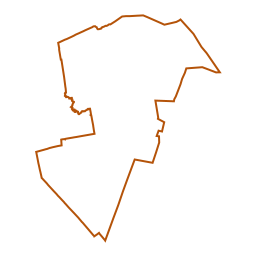 the district of Maureni, Caras-Severin, Romania
{"feature_id": "2599482B93688021028520", "entity_name": "Maureni", "entity_type": "district", "adm_level": 2, "iso_a3": "ROU", "parent_name": "Romania", "parent_adm1": "Caras-Severin", "projection": "equal_earth", "projection_center": [21.478, 45.422], "detail": "fine", "context": "isolated", "style": "outline", "palette": "amber", "viewbox_px": 256, "rotation_deg": 0, "n_neighbors": 0, "source": "geoboundaries", "source_scale": "gbopen_adm2", "svg_char_len": 4487}
<svg xmlns="http://www.w3.org/2000/svg" viewBox="0 0 256 256"><path d="M201.5,47.0L193.5,33.9L180.5,19.5L179.3,20.4L176.4,21.9L170.9,23.2L164.4,24.7L163.5,24.3L161.6,23.4L147.3,17.1L143.2,15.4L137.3,15.7L137.2,15.7L130.3,16.1L126.4,16.1L122.1,16.5L115.1,21.4L110.4,24.4L110.0,24.3L109.8,24.3L109.0,24.4L108.5,24.7L107.8,25.3L107.4,25.5L107.0,25.7L106.5,25.9L106.0,25.8L105.6,25.8L105.2,26.0L104.2,26.5L103.9,26.7L103.6,26.8L103.3,26.9L102.5,27.1L102.4,27.1L102.2,27.2L102.1,27.4L102.0,27.5L101.8,27.6L101.6,27.7L101.6,27.9L101.3,28.5L100.7,28.7L99.7,29.0L98.7,29.2L98.1,29.2L97.7,29.2L97.4,28.9L97.2,28.5L96.7,27.5L96.7,27.3L96.0,27.0L95.8,26.8L95.3,26.4L95.1,26.2L94.9,26.2L94.6,26.3L94.1,26.3L93.4,26.4L92.9,26.7L92.4,27.1L86.3,29.8L85.0,30.4L83.4,31.2L79.6,32.9L78.8,33.3L77.6,33.8L76.0,34.5L75.2,34.9L74.6,35.3L72.2,36.5L70.3,37.4L69.4,37.8L66.6,39.1L66.0,39.3L65.1,39.6L60.0,42.0L58.2,42.8L58.3,43.4L58.5,44.6L58.8,46.0L58.8,46.3L59.2,48.2L59.2,48.4L59.2,48.5L59.1,48.8L59.1,49.0L59.2,50.1L60.8,59.6L61.4,59.6L64.1,77.0L65.4,87.1L65.6,88.2L65.8,90.1L66.0,92.7L65.7,92.9L65.5,92.7L65.4,92.7L65.3,92.8L65.2,92.8L65.0,93.1L64.9,93.3L64.9,93.6L64.9,93.8L65.1,94.3L65.2,94.6L65.3,94.9L65.3,95.1L65.3,95.3L65.1,95.5L64.9,95.7L64.9,95.8L65.3,95.8L65.5,95.8L65.6,96.0L65.7,96.3L65.7,96.6L65.8,96.7L66.0,96.6L66.5,96.4L66.6,96.5L66.6,96.8L66.5,97.1L66.9,97.1L67.1,97.0L67.3,96.9L67.7,96.9L68.1,97.0L68.4,97.2L68.6,97.4L68.9,97.9L69.0,97.9L69.4,97.9L69.5,98.1L69.5,98.5L70.5,98.3L70.7,98.1L71.1,97.9L71.8,97.9L71.8,98.1L71.4,98.4L71.5,98.5L71.4,98.5L71.2,98.7L71.2,99.0L71.9,99.4L71.9,99.7L71.8,99.9L71.8,100.0L72.0,100.7L72.1,101.0L72.4,101.2L72.6,101.2L72.8,101.4L73.1,101.5L73.3,101.4L74.0,101.9L74.0,102.0L73.9,102.2L73.2,102.7L73.1,102.9L73.2,103.2L73.0,103.4L73.0,103.5L72.8,104.0L72.7,104.1L72.4,104.4L72.4,104.5L72.5,104.9L72.4,105.2L72.4,105.5L72.1,105.8L71.9,106.2L71.7,106.4L71.5,106.5L71.4,106.6L71.2,106.8L71.0,107.0L71.4,107.2L72.0,107.3L72.3,107.4L72.5,107.6L72.6,107.9L72.6,108.1L72.5,108.4L72.4,108.5L72.2,108.8L71.9,109.0L72.0,109.2L72.1,109.3L72.3,109.5L72.5,109.8L72.6,110.0L72.7,110.3L72.9,110.5L73.2,110.6L73.3,110.6L73.5,110.6L73.5,110.3L73.5,110.1L73.6,109.9L73.7,109.7L73.9,109.6L74.2,109.5L74.7,109.6L74.9,110.0L74.9,110.3L74.6,110.5L74.4,110.7L74.2,110.8L74.2,111.1L74.3,111.4L74.6,111.9L74.8,111.9L75.2,112.0L75.3,112.0L75.5,112.0L75.8,111.8L75.8,111.7L75.8,111.2L76.0,110.9L76.3,110.7L76.5,110.8L76.7,111.0L76.8,111.3L76.9,111.5L77.8,111.6L78.0,111.7L78.0,111.8L78.0,112.0L77.9,112.8L78.2,113.0L78.4,113.2L78.4,113.4L78.4,113.8L78.5,114.0L78.9,114.2L79.3,114.1L79.5,113.9L79.9,113.4L80.1,113.3L80.2,113.2L80.4,113.1L80.6,113.0L80.7,112.9L80.9,112.8L81.2,112.6L81.2,112.4L81.2,112.2L81.3,112.1L81.5,111.9L81.7,111.7L82.1,111.6L82.3,111.3L82.3,111.2L82.5,111.2L82.9,111.1L83.5,111.4L83.9,111.2L84.0,111.2L84.8,111.3L85.0,111.2L85.3,110.7L86.2,110.2L86.3,110.2L86.6,110.1L87.2,109.5L87.3,109.5L87.5,109.5L87.5,109.4L87.6,109.2L87.8,109.0L87.9,108.9L88.1,108.9L88.3,108.9L88.6,109.1L88.8,109.1L88.9,108.9L89.0,108.8L89.8,108.7L90.0,108.7L90.3,110.3L90.6,111.9L90.9,113.8L91.3,115.7L91.2,115.7L91.4,115.9L92.1,119.9L93.2,125.6L93.2,125.9L93.9,130.5L94.5,133.8L80.2,136.3L76.3,137.0L74.3,137.3L72.7,137.6L67.3,138.5L65.7,138.8L64.9,139.0L64.9,139.3L64.6,139.2L64.3,139.2L64.0,139.2L63.7,139.2L63.4,139.2L62.0,139.4L61.2,139.6L61.6,145.4L59.3,145.8L58.1,146.0L52.4,147.3L50.5,147.8L49.9,147.9L46.9,149.0L45.9,149.2L43.5,149.9L42.0,150.3L36.2,151.9L36.3,152.3L36.5,153.4L37.5,158.5L38.0,161.1L38.4,163.3L38.8,164.9L39.1,166.3L39.9,170.0L40.4,172.0L41.3,176.0L41.7,178.0L42.1,178.3L47.2,183.8L47.3,183.9L47.5,184.3L49.3,186.3L54.1,191.5L54.8,192.2L56.1,193.6L56.5,194.0L57.5,195.2L57.7,195.5L57.9,195.7L58.3,196.1L59.0,196.8L59.5,197.3L60.5,198.4L60.9,198.8L61.8,199.8L62.0,200.0L64.0,202.1L64.9,203.3L65.2,203.5L66.7,205.2L68.1,206.8L69.1,207.9L74.7,213.8L76.1,215.3L77.5,216.8L78.7,218.1L78.8,218.3L80.0,219.7L82.0,222.1L82.5,222.5L93.4,235.3L94.1,235.9L94.2,236.0L94.3,236.3L95.8,235.3L96.0,235.1L96.8,234.6L99.0,232.9L99.6,233.9L100.4,234.8L101.6,236.2L104.7,239.9L105.2,240.6L113.4,218.1L118.3,205.0L122.9,191.5L126.9,180.5L134.7,159.5L152.6,162.8L156.0,152.6L159.2,142.5L159.0,136.3L156.7,136.0L158.6,130.7L162.0,131.5L164.2,122.2L157.9,118.8L158.2,117.5L155.4,100.6L173.9,101.3L174.3,99.2L175.8,96.5L180.5,84.3L182.1,78.9L184.9,72.8L186.3,68.4L202.3,67.2L206.6,68.8L216.0,72.4L219.8,72.3L206.7,53.2L201.5,47.0Z" fill="none" stroke="#b45309" stroke-width="2"/></svg>